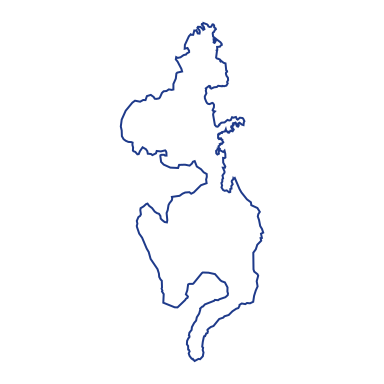 Chato, Geita, United Republic of Tanzania (Robinson projection)
{"feature_id": "72390352B63706364179884", "entity_name": "Chato", "entity_type": "district", "adm_level": 2, "iso_a3": "TZA", "parent_name": "United Republic of Tanzania", "parent_adm1": "Geita", "projection": "robinson", "projection_center": [31.727, -2.845], "detail": "fine", "context": "isolated", "style": "outline", "palette": "blue", "viewbox_px": 384, "rotation_deg": 0, "n_neighbors": 0, "source": "geoboundaries", "source_scale": "gbopen_adm2", "svg_char_len": 5995}
<svg xmlns="http://www.w3.org/2000/svg" viewBox="0 0 384 384"><path d="M238.3,308.1L239.4,306.1L239.5,304.9L241.7,303.5L245.3,304.1L247.0,303.0L250.0,303.3L253.2,301.8L254.1,295.8L255.8,290.4L257.6,286.4L256.7,281.2L258.2,275.7L257.5,274.2L254.2,271.6L253.5,269.4L253.3,252.7L255.8,249.3L257.3,244.7L261.2,240.7L260.6,238.1L261.9,237.9L261.0,233.7L263.2,232.6L262.0,229.0L260.2,226.0L259.0,219.9L257.8,216.5L258.3,214.1L259.8,211.9L257.4,208.0L251.3,205.2L250.9,202.3L246.9,199.3L241.4,192.4L239.5,189.0L234.8,178.0L233.6,179.0L233.3,178.5L233.1,179.5L231.9,180.6L231.7,181.7L232.7,184.2L231.3,186.1L231.5,188.6L230.3,189.0L230.2,192.0L229.1,192.3L226.7,190.4L224.7,190.8L223.1,190.0L221.5,187.4L222.1,185.5L221.4,183.0L222.3,181.7L222.3,179.3L223.1,178.4L222.5,175.5L224.5,172.7L224.5,171.4L222.9,167.7L224.9,167.7L225.3,166.5L223.2,162.6L223.1,157.9L224.6,158.1L225.4,157.5L225.3,153.9L224.5,150.6L223.2,152.0L219.7,150.0L218.6,151.9L218.9,153.7L217.4,154.5L216.3,153.4L216.1,150.9L217.7,149.3L217.6,147.5L217.8,148.7L218.7,149.8L219.2,149.8L219.8,148.8L219.0,148.2L218.5,146.3L220.3,144.7L219.9,144.0L221.2,143.4L221.9,143.8L223.3,142.2L222.2,140.5L222.3,139.8L220.9,139.3L221.4,139.0L221.1,138.3L219.8,138.3L219.9,139.0L219.0,139.1L218.1,138.0L218.1,134.4L219.8,133.0L219.2,133.7L219.6,134.1L220.7,132.9L221.9,133.0L222.0,132.1L226.2,131.1L225.2,130.8L225.8,129.3L226.1,130.6L228.2,132.7L229.1,132.7L230.4,130.7L232.6,131.3L233.7,129.5L233.3,129.0L232.5,129.0L232.0,128.9L231.9,128.5L233.1,128.9L232.9,128.3L231.2,127.3L231.1,126.3L230.6,126.0L232.5,126.5L232.9,125.7L232.8,123.4L233.1,125.4L233.8,124.7L233.3,123.2L235.5,122.7L236.0,124.0L236.1,123.4L236.9,124.4L237.3,124.3L237.1,125.6L238.0,126.6L238.7,125.7L238.5,123.3L239.5,122.7L241.9,124.6L243.5,125.1L243.8,122.3L244.4,121.2L243.1,118.5L242.3,118.0L239.9,117.7L237.7,119.6L236.9,119.1L235.9,117.0L233.4,117.7L232.1,117.2L230.7,120.1L229.2,120.5L227.5,119.9L224.6,122.4L221.4,122.7L219.5,124.3L218.6,125.4L219.5,124.6L219.5,124.9L217.7,126.7L216.3,126.5L214.9,125.0L213.1,114.7L213.4,113.0L214.9,111.4L213.0,110.8L212.6,110.2L213.9,107.3L214.0,104.8L213.1,103.3L212.2,102.9L209.6,104.1L208.2,103.9L207.1,103.1L206.2,101.6L204.9,98.3L204.8,96.4L206.4,93.3L205.8,90.7L206.2,89.1L205.8,88.4L209.1,85.9L210.1,86.2L210.3,86.8L209.9,87.2L210.4,88.1L211.3,88.6L214.1,87.3L216.8,87.0L218.2,85.8L222.0,86.3L222.3,85.9L224.2,86.2L226.4,85.6L227.7,83.4L227.1,82.0L228.1,80.1L227.9,77.7L226.5,75.8L225.9,73.7L226.1,72.5L227.1,71.7L226.9,70.9L226.2,70.3L225.5,63.4L223.6,62.8L220.3,60.2L220.6,61.3L221.4,62.0L220.7,61.6L220.2,61.0L220.2,59.8L219.7,59.4L216.8,58.4L216.1,57.6L217.0,50.7L216.7,50.3L217.3,49.9L217.1,46.9L219.9,46.7L220.8,45.4L221.8,44.9L221.6,43.7L220.4,42.2L216.5,39.3L214.9,42.6L214.4,42.9L213.6,42.3L213.9,41.3L213.4,38.3L214.1,39.7L215.0,39.9L215.5,39.8L215.7,38.6L213.1,36.6L212.7,33.5L212.9,32.6L214.0,31.9L214.7,30.3L215.9,29.2L215.6,28.4L214.2,27.4L214.1,25.4L213.4,24.5L212.5,24.4L211.2,26.7L209.7,27.0L208.4,26.4L207.7,24.9L207.1,24.4L203.4,23.0L203.3,23.6L201.9,24.0L201.8,24.6L203.8,26.9L204.4,29.2L203.5,29.7L203.5,28.5L202.9,28.3L202.4,28.8L200.5,26.9L198.0,26.8L197.4,27.8L199.5,30.4L199.8,32.2L199.5,33.6L197.7,33.4L196.4,30.2L195.2,30.7L194.3,30.5L193.2,34.8L191.3,34.8L190.7,34.3L188.9,36.3L184.9,44.9L184.7,48.7L187.5,48.0L189.1,50.8L189.1,52.2L186.7,53.5L186.1,54.5L183.6,55.1L180.5,57.3L177.7,57.9L176.2,57.1L175.8,59.4L177.6,61.6L181.4,68.9L182.1,71.5L177.3,72.6L176.4,73.5L175.8,78.6L173.4,84.0L173.4,89.5L171.8,89.9L168.8,89.4L166.5,91.0L163.6,91.3L161.9,93.0L160.1,97.1L159.3,98.2L158.5,98.5L156.3,98.9L154.7,98.7L153.7,97.0L150.8,94.9L146.9,96.1L145.5,100.1L143.2,100.0L140.1,101.7L135.0,100.7L132.3,102.7L125.7,110.7L121.7,119.6L120.8,126.5L121.7,130.5L121.9,136.2L123.6,139.2L125.8,140.8L128.3,141.9L131.3,142.1L132.6,142.6L132.4,144.9L133.1,147.5L132.9,150.5L133.4,151.2L135.3,151.9L137.4,154.3L138.7,154.1L139.9,151.2L142.6,147.3L145.9,149.2L147.3,151.2L147.8,153.7L151.0,154.0L152.4,155.1L156.0,153.3L156.7,151.0L160.8,151.4L165.2,150.4L166.0,151.3L166.4,152.6L166.5,155.6L165.1,155.6L164.1,154.8L161.6,154.8L160.5,155.2L160.3,155.9L161.1,161.9L163.7,164.6L170.3,167.6L178.1,168.0L179.1,164.9L185.0,164.7L189.6,165.6L191.8,163.7L193.0,161.7L194.7,161.1L196.8,166.5L201.0,169.2L203.7,172.3L206.7,174.0L206.8,176.9L206.1,179.5L206.6,183.2L201.0,185.2L193.8,192.4L191.2,193.7L189.4,192.2L185.2,192.5L182.5,193.7L179.6,195.8L171.9,196.9L172.2,198.6L171.8,200.3L169.5,203.2L168.5,205.1L167.7,210.1L166.6,213.0L167.3,220.2L166.9,222.4L164.6,222.0L162.3,220.2L160.7,218.6L160.4,216.0L159.0,213.8L156.9,213.1L154.7,211.6L152.1,208.1L149.1,205.8L147.5,203.6L146.1,204.1L143.6,206.4L140.6,208.2L140.3,210.1L140.9,214.4L140.1,215.9L138.4,217.1L136.8,220.9L137.4,223.7L136.8,225.7L136.9,226.8L139.2,233.6L142.1,237.7L146.7,248.6L148.7,252.0L150.6,258.9L157.5,269.1L158.9,273.5L159.2,276.9L160.5,279.4L161.8,280.8L162.0,287.5L161.6,288.6L162.4,290.7L162.0,291.5L163.7,294.1L163.3,302.7L174.7,307.3L177.5,307.4L185.1,300.1L186.0,298.7L187.5,297.8L187.9,296.5L185.9,294.3L187.3,290.3L188.1,284.5L189.2,283.9L192.8,283.9L193.5,283.4L201.9,273.1L202.8,272.5L208.5,272.7L215.0,274.1L220.3,280.2L221.6,281.2L224.9,282.4L227.5,287.4L227.4,291.6L228.0,293.5L227.7,295.2L225.4,297.2L219.5,299.2L218.1,300.2L214.9,299.9L214.1,300.8L204.9,304.4L203.0,306.5L202.3,306.6L200.1,308.6L200.3,309.6L199.1,313.7L196.8,317.3L196.1,320.6L194.1,323.0L191.9,327.1L191.6,329.9L189.4,332.7L188.9,335.5L189.5,336.1L189.3,337.4L188.4,338.2L187.1,340.9L186.9,344.3L188.1,346.0L188.2,349.6L188.9,349.9L189.6,351.4L188.7,353.4L189.6,356.0L191.5,358.5L192.6,359.3L192.9,359.0L194.6,361.0L198.5,358.9L200.1,359.2L202.8,356.3L203.5,352.5L202.7,350.0L203.1,347.7L202.2,346.7L202.8,341.8L203.8,337.1L204.3,336.1L205.1,336.1L206.2,333.5L207.4,333.1L207.9,331.3L207.4,330.0L208.3,328.9L210.8,327.0L213.5,326.0L219.2,319.0L223.3,317.6L224.4,316.3L228.7,315.0L232.4,311.3L236.3,308.7L238.3,308.1Z" fill="none" stroke="#1e3a8a" stroke-width="2"/></svg>